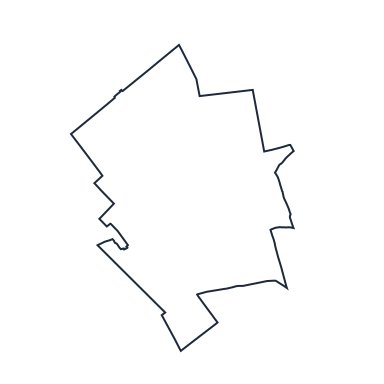 outline of Matca, Galati, Romania, rotated 58°
{"feature_id": "2599482B31737152321862", "entity_name": "Matca", "entity_type": "district", "adm_level": 2, "iso_a3": "ROU", "parent_name": "Romania", "parent_adm1": "Galati", "projection": "equal_earth", "projection_center": [27.578, 45.852], "detail": "fine", "context": "isolated", "style": "outline", "palette": "slate", "viewbox_px": 384, "rotation_deg": 58, "n_neighbors": 0, "source": "geoboundaries", "source_scale": "gbopen_adm2", "svg_char_len": 3086}
<svg xmlns="http://www.w3.org/2000/svg" viewBox="0 0 384 384"><g transform="rotate(58 192 192)"><path d="M323.6,162.4L322.0,162.0L311.2,158.7L306.3,157.2L305.7,157.0L304.0,156.5L300.9,155.6L298.6,155.0L293.3,153.6L287.1,151.7L284.4,150.9L280.4,149.5L279.7,149.1L277.2,148.4L275.5,147.9L273.0,147.3L272.3,147.2L271.7,147.1L269.5,146.5L267.6,146.0L265.7,145.5L265.7,145.3L265.7,144.8L265.8,144.4L265.8,144.0L266.0,143.3L266.1,142.5L266.1,142.3L266.2,141.8L266.3,141.5L266.5,140.8L266.7,139.7L267.2,138.7L267.7,137.8L267.8,137.4L267.9,136.9L268.4,136.2L268.8,135.5L269.6,134.5L269.9,134.1L270.0,133.7L270.3,133.4L270.7,132.8L271.0,132.1L271.7,131.4L272.3,130.3L272.9,129.2L273.1,128.8L273.6,128.1L274.4,127.0L275.0,126.4L275.5,125.9L276.0,125.3L276.3,125.0L275.0,124.8L274.3,124.6L273.5,124.4L272.1,124.1L270.5,123.7L267.8,123.0L266.7,122.8L265.9,122.6L265.0,122.2L264.3,121.7L264.0,121.4L263.7,121.1L263.6,120.8L263.5,120.5L263.3,120.3L263.1,120.2L262.5,120.0L261.7,119.9L260.9,119.7L258.4,119.1L258.0,119.0L256.8,118.7L255.9,118.6L254.0,118.3L253.2,118.2L252.9,118.1L252.1,118.0L250.5,117.8L246.3,117.3L244.7,116.9L241.4,115.7L240.5,115.4L240.0,115.1L239.5,115.1L239.2,115.1L238.9,115.1L237.9,114.8L236.1,114.3L233.8,113.7L231.7,113.1L230.0,112.6L228.1,112.1L225.1,111.4L223.5,111.3L220.5,111.3L219.6,111.4L218.9,109.9L217.1,106.8L215.7,104.3L215.4,103.9L215.2,103.1L215.2,102.4L215.2,101.7L215.1,100.9L215.0,100.2L214.7,99.1L214.3,98.0L213.9,97.0L213.8,96.5L213.6,96.3L213.5,96.0L213.3,95.4L213.1,94.6L212.9,94.0L212.7,93.0L212.3,91.3L212.2,90.4L211.9,89.0L211.6,87.4L211.4,85.7L211.3,85.3L211.2,85.0L211.1,84.6L211.1,84.1L210.1,84.1L209.3,84.0L206.8,83.8L205.7,83.8L204.2,83.7L203.8,84.2L203.6,84.8L203.4,85.3L203.3,85.8L202.1,90.4L200.7,95.2L198.3,102.7L195.9,109.3L178.1,102.3L137.6,86.4L114.7,134.7L98.7,128.5L88.4,127.5L65.8,125.5L60.4,125.1L63.4,148.4L65.7,165.5L67.4,179.5L68.9,191.4L69.6,197.2L69.5,197.6L68.7,197.7L68.0,197.8L68.1,199.5L68.7,199.5L69.0,200.0L69.3,202.6L70.0,207.3L71.2,207.5L72.2,214.3L73.8,226.3L76.4,246.1L78.7,263.9L82.1,263.6L98.0,262.1L101.5,261.8L126.7,259.6L130.8,259.4L132.8,270.1L137.8,269.1L142.8,268.2L160.5,264.4L165.7,284.8L168.3,284.2L176.1,282.5L175.6,278.1L175.9,277.8L185.8,275.7L203.1,274.5L203.5,276.5L205.0,276.3L205.1,276.7L205.0,277.8L204.9,279.1L204.7,280.0L203.7,279.8L202.9,282.5L200.8,283.0L199.8,283.0L196.3,283.1L195.0,283.7L194.1,284.4L192.1,284.0L190.7,284.2L189.8,284.4L189.4,287.0L188.8,289.3L188.5,290.0L188.2,291.6L187.9,292.5L187.4,297.6L187.2,298.8L187.1,300.3L220.2,292.6L280.0,278.6L280.4,282.9L307.6,284.6L309.9,284.8L320.8,285.7L319.9,276.8L318.3,260.5L316.4,240.9L316.2,239.5L313.5,239.7L312.9,239.8L305.5,240.3L304.7,240.4L292.0,241.4L283.2,242.0L281.7,242.0L281.6,241.7L282.2,239.8L284.4,232.4L286.8,226.8L287.1,226.0L288.3,223.2L291.2,216.2L292.5,213.4L292.9,212.1L294.4,207.7L295.3,204.5L296.1,202.7L298.7,198.4L299.7,195.8L299.8,195.5L300.8,192.8L304.4,183.3L307.2,175.7L310.8,169.2L311.7,168.0L319.0,164.5L320.3,163.9L322.7,162.8L323.1,162.6L323.6,162.4Z" fill="none" stroke="#1e293b" stroke-width="2"/></g></svg>